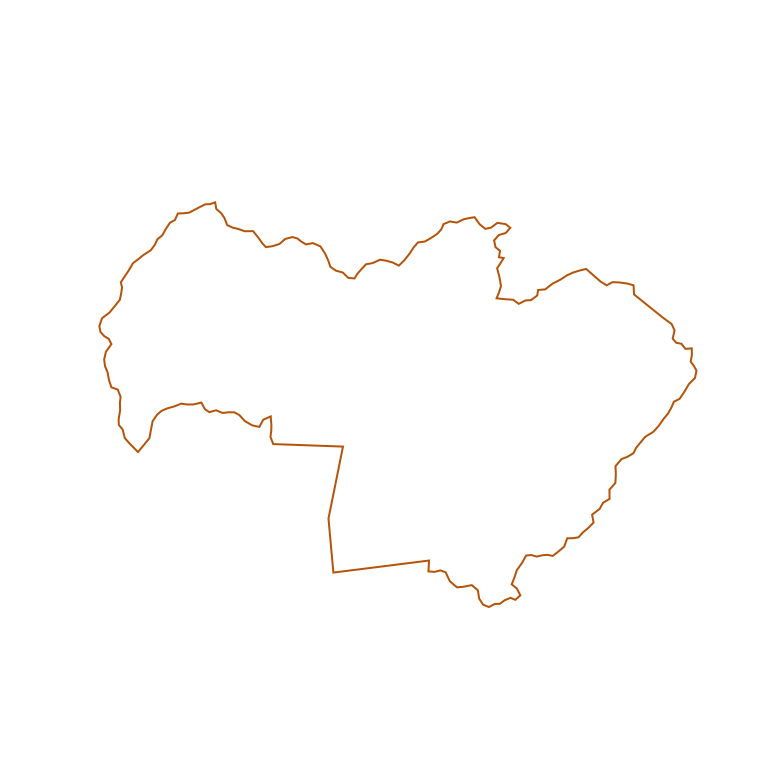 the district of Angelina, Santa Catarina, Brazil, rotated 22°
{"feature_id": "56859067B60801601029552", "entity_name": "Angelina", "entity_type": "district", "adm_level": 2, "iso_a3": "BRA", "parent_name": "Brazil", "parent_adm1": "Santa Catarina", "projection": "natural_earth1", "projection_center": [-49.081, -27.547], "detail": "fine", "context": "isolated", "style": "outline", "palette": "amber", "viewbox_px": 768, "rotation_deg": 22, "n_neighbors": 0, "source": "geoboundaries", "source_scale": "gbopen_adm2", "svg_char_len": 3115}
<svg xmlns="http://www.w3.org/2000/svg" viewBox="0 0 768 768"><g transform="rotate(22 384 384)"><path d="M586.6,534.9L589.6,528.9L583.7,523.8L577.5,521.9L577.4,514.4L576.9,507.0L579.1,497.8L580.0,489.8L584.7,487.4L590.3,486.8L594.8,483.6L599.4,481.2L604.8,480.2L607.8,475.2L612.0,467.2L611.7,458.4L617.4,456.0L621.8,453.2L624.0,447.1L627.2,441.2L630.2,434.0L625.9,427.2L630.7,419.1L631.6,412.0L636.2,406.0L632.6,397.5L635.6,389.1L632.8,380.9L629.4,373.5L632.4,364.6L636.8,360.5L641.2,354.7L641.7,348.6L643.6,342.6L645.9,335.2L651.6,327.5L654.4,319.8L656.3,311.7L658.5,304.6L659.3,297.8L659.4,291.8L663.6,287.1L665.5,278.3L666.7,269.8L670.1,261.9L668.7,254.5L664.3,251.0L659.9,248.3L658.7,242.0L656.0,235.7L650.3,238.5L644.7,235.3L639.5,236.3L634.7,233.8L633.3,225.4L628.3,220.7L617.4,217.9L582.3,207.3L578.4,199.0L572.0,199.7L564.1,201.7L557.7,204.0L553.5,209.1L546.4,207.9L528.3,201.6L522.9,205.5L517.7,209.7L513.2,214.4L508.2,221.5L502.7,227.7L498.1,235.8L491.7,239.1L492.9,244.6L488.9,251.2L483.9,253.5L478.9,259.2L472.1,257.5L465.2,259.8L456.3,262.4L456.3,256.0L455.8,249.4L450.7,241.2L445.5,234.3L446.7,228.7L447.8,222.4L443.1,223.4L441.7,217.1L436.2,215.4L432.3,209.7L434.7,202.8L440.3,198.4L442.6,191.9L436.9,190.2L428.8,192.1L424.6,199.0L419.8,202.2L412.9,200.1L405.5,195.4L400.6,198.4L396.2,201.4L391.0,207.1L384.2,208.6L379.3,213.5L379.2,219.2L377.0,225.1L372.9,231.0L368.5,236.6L362.5,240.0L360.3,246.1L358.9,253.5L356.4,262.0L353.4,268.7L346.7,268.1L340.0,268.8L333.8,270.2L328.1,276.2L322.5,279.7L320.2,285.6L318.1,291.6L317.1,297.2L311.2,299.0L304.1,296.1L297.0,296.9L290.4,295.5L286.2,290.6L280.5,285.1L273.4,280.2L265.3,280.0L259.4,283.8L253.9,282.9L249.1,281.5L244.0,282.1L238.1,286.5L234.6,293.3L229.0,298.0L223.3,301.3L218.8,299.3L213.2,295.7L205.3,291.3L197.8,294.5L190.9,294.8L185.5,295.7L179.1,295.4L173.8,289.8L169.0,286.6L162.9,284.5L159.4,278.8L155.5,282.3L150.9,284.4L147.0,288.9L143.2,293.3L139.3,298.0L134.2,300.8L129.0,303.1L128.7,310.2L125.1,314.7L123.6,322.2L122.7,329.3L119.7,334.6L119.4,340.6L117.7,347.3L112.8,354.2L109.2,360.7L106.0,366.0L104.7,374.7L103.3,381.5L101.9,388.3L105.0,392.7L106.5,399.0L107.5,404.9L105.3,412.3L102.7,420.6L97.9,428.7L98.4,436.9L101.6,442.0L106.7,444.4L111.9,445.3L116.3,449.1L114.1,458.3L115.4,466.3L118.7,472.0L123.4,476.8L127.6,483.5L132.5,489.2L139.2,488.9L144.6,494.6L146.1,500.1L149.2,507.3L151.2,516.2L153.4,521.2L158.8,524.2L163.9,531.2L169.8,534.2L175.6,536.7L181.4,539.3L183.3,533.3L185.1,527.5L186.8,522.1L185.1,513.8L183.4,505.2L185.1,497.5L187.7,492.4L191.7,488.2L198.5,482.9L203.3,478.2L208.9,476.8L214.9,474.4L221.6,469.6L227.3,474.4L232.6,475.5L238.1,471.3L245.2,471.3L250.8,468.3L256.0,466.3L261.6,467.0L268.8,470.5L277.4,471.7L284.5,470.5L285.4,462.4L291.1,456.5L295.0,464.3L297.0,469.6L298.5,475.5L303.8,481.2L369.4,457.4L377.5,500.5L382.9,529.5L407.7,577.8L491.9,530.8L495.4,541.1L501.2,539.3L506.1,535.7L511.7,535.5L518.9,542.2L527.9,545.2L533.5,542.3L540.7,537.6L548.3,540.1L552.6,547.3L558.6,551.5L564.8,551.5L569.2,546.4L573.8,544.4L576.9,539.3L581.3,534.9L586.6,534.9Z" fill="none" stroke="#b45309" stroke-width="2"/></g></svg>